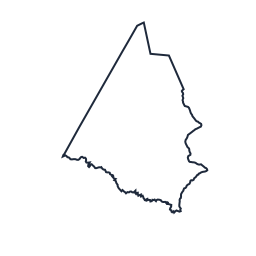 the district of Angical, Bahia, Brazil, rotated 252°
{"feature_id": "56859067B3932708379587", "entity_name": "Angical", "entity_type": "district", "adm_level": 2, "iso_a3": "BRA", "parent_name": "Brazil", "parent_adm1": "Bahia", "projection": "albers", "projection_center": [-44.765, -11.959], "detail": "fine", "context": "isolated", "style": "outline", "palette": "slate", "viewbox_px": 256, "rotation_deg": 252, "n_neighbors": 0, "source": "geoboundaries", "source_scale": "gbopen_adm2", "svg_char_len": 3316}
<svg xmlns="http://www.w3.org/2000/svg" viewBox="0 0 256 256"><g transform="rotate(252 128 128)"><path d="M223.4,175.6L223.2,173.7L222.4,168.3L210.4,155.1L202.6,146.4L189.2,131.7L181.3,123.0L174.2,115.2L148.8,87.3L143.7,81.7L123.0,59.5L122.3,58.2L121.0,57.2L121.2,58.8L121.3,60.0L120.2,60.9L118.9,61.4L118.4,62.5L117.3,63.2L116.1,63.6L115.5,64.9L115.1,67.0L114.5,68.5L113.7,69.4L113.1,70.7L113.4,72.2L114.2,73.2L114.8,74.3L114.8,75.4L114.1,76.0L113.2,76.6L113.1,77.9L112.0,78.5L110.5,78.3L109.2,77.5L108.0,77.8L107.4,79.2L107.1,80.9L106.2,79.9L105.3,78.9L104.0,78.3L102.9,78.9L103.4,79.8L104.1,80.5L104.9,81.2L104.8,82.2L103.4,82.9L101.9,83.8L101.0,84.1L100.0,84.4L99.6,85.6L99.6,87.2L99.6,88.4L99.0,89.5L99.1,90.5L97.3,91.0L96.1,91.8L95.4,93.2L94.0,93.4L92.8,93.5L92.2,94.5L91.9,95.6L91.1,96.8L89.6,96.7L88.5,97.7L87.9,98.9L86.9,99.1L86.7,98.1L85.5,98.6L84.2,99.2L83.4,100.4L82.6,98.9L81.7,99.9L80.5,100.0L79.4,99.9L78.4,100.2L77.1,100.6L76.1,100.2L75.1,100.3L73.8,100.5L72.6,101.0L71.3,101.6L69.9,102.2L70.7,103.6L69.1,104.4L67.8,105.4L66.5,105.9L67.2,107.6L66.5,109.0L66.9,110.3L66.6,111.4L65.5,112.2L65.0,113.4L65.5,114.5L66.1,115.7L65.1,115.4L64.0,114.8L62.7,115.3L63.5,116.4L63.4,117.3L62.1,116.9L60.4,116.9L60.7,118.7L60.7,119.7L59.7,119.2L58.8,119.2L59.1,121.0L57.6,121.2L56.5,121.1L55.5,121.5L54.2,121.7L53.4,122.8L54.5,123.5L54.6,124.5L53.3,124.3L53.3,125.4L52.7,126.7L51.2,126.6L51.1,128.0L52.2,129.0L51.6,129.9L51.7,131.2L50.7,131.5L49.8,132.0L50.6,132.8L50.8,134.0L50.1,135.6L49.2,136.9L48.3,137.1L47.3,137.7L46.7,138.7L46.5,139.6L46.2,140.6L44.8,141.2L45.4,142.2L44.7,142.9L43.5,142.1L43.1,143.2L42.4,144.1L41.5,145.4L39.8,144.7L38.7,143.4L37.5,142.7L36.2,143.8L35.0,143.5L34.2,144.0L34.7,145.6L33.3,145.7L34.0,147.0L34.6,148.6L34.0,149.3L33.4,150.1L32.6,151.0L32.6,152.4L34.2,152.5L35.1,153.3L36.2,152.9L37.5,152.6L38.9,153.0L40.0,153.5L40.9,153.9L42.4,154.6L43.6,154.8L44.8,155.7L45.1,156.6L46.5,157.3L47.9,157.7L48.9,158.2L49.5,158.9L50.2,159.7L50.8,160.5L51.3,161.3L52.2,161.8L53.2,162.7L53.2,164.1L53.8,165.1L54.8,165.8L55.6,167.1L55.7,168.3L56.0,169.3L57.2,170.4L58.4,171.0L58.8,172.0L58.2,173.1L58.5,174.4L59.8,175.5L60.3,177.1L61.3,178.5L62.0,179.5L61.9,180.5L62.7,181.2L62.8,182.6L63.2,183.9L63.2,185.4L63.0,186.7L62.8,187.7L62.9,189.3L63.4,190.4L64.6,190.4L65.7,189.9L66.4,189.0L67.8,188.2L69.0,187.4L70.9,186.2L71.1,184.7L71.6,183.6L72.8,182.3L74.0,181.5L74.9,180.2L75.4,178.9L76.1,177.6L76.6,176.4L77.4,175.8L78.5,175.7L80.1,175.6L81.5,175.8L82.7,176.7L83.2,179.0L84.5,179.6L86.0,179.3L87.5,179.3L88.5,179.6L89.6,179.7L90.6,179.2L91.4,178.7L92.8,178.5L94.7,178.2L96.1,178.1L97.4,178.3L98.9,179.2L99.9,180.6L101.1,181.7L102.9,182.9L103.5,184.8L104.8,188.5L105.2,189.4L105.4,190.4L106.0,191.6L106.1,193.3L106.3,194.3L106.6,196.2L106.8,197.7L108.0,198.7L109.3,198.8L110.3,198.0L111.3,197.0L112.3,196.6L113.1,195.5L113.9,194.9L115.1,194.5L116.3,194.1L117.4,193.7L118.6,193.2L119.6,192.9L120.6,193.0L122.4,192.4L124.0,192.3L125.6,192.4L127.0,192.3L128.3,192.2L129.5,191.6L130.6,190.0L131.4,188.8L132.4,188.6L133.8,188.4L135.1,188.2L136.0,188.5L137.6,188.5L138.6,189.2L139.3,189.8L140.4,189.8L141.8,189.7L143.0,190.9L144.2,191.1L145.3,190.7L146.5,190.6L147.2,191.6L147.7,192.9L180.2,189.7L184.3,189.3L191.6,172.3L221.5,175.4L223.4,175.6Z" fill="none" stroke="#1e293b" stroke-width="2"/></g></svg>